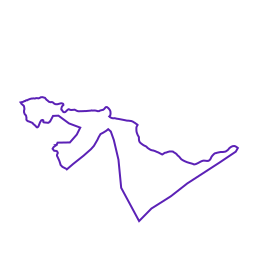 Derniere Riviere, Dennery, Saint Lucia, rotated 145°
{"feature_id": "8701671B84632828581630", "entity_name": "Derniere Riviere", "entity_type": "district", "adm_level": 2, "iso_a3": "LCA", "parent_name": "Saint Lucia", "parent_adm1": "Dennery", "projection": "albers", "projection_center": [-60.925, 13.955], "detail": "fine", "context": "isolated", "style": "outline", "palette": "violet", "viewbox_px": 256, "rotation_deg": 145, "n_neighbors": 0, "source": "geoboundaries", "source_scale": "gbopen_adm2", "svg_char_len": 5224}
<svg xmlns="http://www.w3.org/2000/svg" viewBox="0 0 256 256"><g transform="rotate(145 128 128)"><path d="M49.5,48.6L50.0,50.2L50.6,51.5L51.3,52.3L52.5,53.0L53.2,53.2L54.3,53.4L55.4,53.4L56.8,53.3L58.3,52.8L59.7,52.7L60.6,52.7L61.1,52.7L62.0,52.9L64.2,54.0L65.9,55.2L67.7,56.0L69.4,56.7L70.2,56.9L70.9,57.3L71.5,57.4L72.4,57.4L73.5,57.2L74.9,56.9L76.1,56.5L77.5,55.7L78.7,55.1L79.3,55.0L80.5,54.9L81.0,55.0L81.4,55.3L82.1,55.6L82.7,56.2L83.4,56.8L84.6,57.8L85.4,58.2L86.7,58.6L87.9,58.8L90.7,59.1L93.0,59.5L94.3,60.0L95.0,60.5L95.4,61.3L96.4,62.6L97.6,64.0L99.3,66.2L100.6,68.3L101.5,70.0L102.3,71.9L102.3,72.4L102.4,73.1L102.5,74.8L102.8,76.2L103.1,77.0L103.1,77.6L103.2,78.8L103.5,79.8L104.0,81.0L104.6,82.3L104.6,82.7L104.8,82.9L105.3,83.5L106.6,84.4L107.5,85.0L108.5,85.3L109.2,85.6L110.6,85.9L111.7,86.4L112.2,86.6L114.9,86.6L115.2,86.7L115.4,87.1L115.6,87.5L116.4,89.0L117.2,90.6L118.1,91.9L119.1,93.6L120.3,95.2L120.9,95.7L122.0,97.1L122.7,98.7L123.4,100.5L123.6,102.1L124.1,103.2L124.6,103.9L125.3,105.4L125.6,106.2L126.1,107.7L126.4,108.9L126.5,109.8L126.2,111.2L125.4,112.7L124.5,114.0L124.3,114.4L124.2,115.3L124.1,116.6L123.7,118.3L123.3,119.6L122.8,120.7L122.1,121.8L121.0,123.4L120.2,124.1L118.7,124.9L118.4,125.0L118.6,126.0L119.0,126.9L119.4,128.2L119.8,129.0L120.3,130.3L121.2,131.7L122.5,132.9L123.4,133.7L124.3,134.4L125.0,135.0L125.6,135.7L127.6,137.8L130.9,141.2L131.6,141.8L132.0,142.2L132.5,142.8L133.3,143.7L134.2,144.2L135.3,145.1L136.2,146.5L136.6,147.5L136.7,148.2L136.3,148.2L135.1,148.7L134.1,149.7L133.1,151.3L132.8,152.0L132.6,152.9L132.6,154.4L132.7,155.6L132.9,156.1L133.1,156.7L133.1,156.9L133.3,157.2L133.5,157.4L134.0,157.7L134.4,157.8L134.9,157.7L136.7,157.2L138.1,157.2L138.2,157.3L139.5,157.8L140.8,158.3L142.0,158.4L142.3,158.6L143.1,159.1L143.4,159.5L144.5,160.8L145.6,161.7L146.9,162.5L147.9,163.4L148.4,163.5L150.1,164.5L152.4,165.8L153.9,166.8L156.1,168.2L157.6,169.2L159.0,170.1L159.7,170.9L160.0,171.4L160.1,171.5L160.4,172.1L161.2,173.6L162.1,174.1L163.5,174.9L164.3,175.4L165.1,176.2L165.2,176.5L165.5,177.0L165.7,177.3L166.0,177.5L166.3,177.5L167.1,177.5L168.0,177.4L169.2,177.2L169.8,177.1L170.3,177.1L170.8,177.3L171.2,177.5L171.5,177.8L171.7,178.1L171.8,178.4L171.8,178.8L171.9,179.2L171.8,179.9L171.8,180.5L172.0,180.9L172.0,181.4L171.9,181.6L171.3,182.3L171.0,182.5L170.7,182.8L170.0,183.3L169.9,183.4L169.5,183.5L168.8,183.8L168.1,183.8L167.7,183.9L167.6,184.1L167.4,184.6L167.3,184.9L167.4,185.3L168.0,186.1L168.6,186.6L169.5,187.0L170.4,187.3L171.5,187.7L171.9,187.8L172.3,188.1L173.0,188.5L173.6,189.0L173.9,189.3L174.3,190.0L174.6,190.7L174.6,191.1L174.7,191.4L174.9,192.1L175.1,192.4L175.3,192.7L175.6,193.0L176.0,193.2L176.4,193.4L176.8,193.7L177.2,194.2L177.7,194.8L177.8,195.2L177.9,195.6L178.0,196.1L178.1,196.4L178.1,196.7L178.5,197.6L178.6,198.0L178.6,198.3L178.6,198.6L178.7,199.3L178.7,200.3L179.0,200.7L179.4,201.1L179.7,201.5L180.0,201.9L180.2,202.2L180.5,202.4L181.0,202.7L181.8,203.2L182.1,203.2L183.1,203.3L183.5,203.4L183.9,203.5L184.1,203.5L184.5,203.8L184.9,204.2L185.6,204.8L185.8,204.9L186.2,205.2L186.6,205.3L186.9,205.4L187.3,205.5L187.6,205.7L188.0,206.1L188.6,206.6L189.3,206.9L189.5,207.0L190.0,207.4L190.6,207.6L191.3,207.9L192.5,208.2L193.3,208.4L193.8,208.5L194.1,208.5L194.6,208.5L194.8,208.6L195.1,208.9L195.2,209.0L195.4,209.1L196.2,209.1L196.8,209.1L197.2,209.4L197.6,209.4L197.7,209.5L198.2,209.5L198.8,209.6L199.2,209.7L199.5,209.8L200.0,210.0L200.3,210.2L201.3,210.6L201.3,209.8L201.3,209.3L201.4,209.0L201.3,208.5L201.0,207.5L201.0,207.1L200.8,206.6L200.7,206.4L200.7,206.1L200.7,205.6L200.8,205.5L200.9,205.1L201.1,204.6L201.4,204.1L201.6,203.6L202.0,202.9L202.2,202.7L202.7,202.3L203.1,202.0L203.2,201.8L203.4,201.5L203.6,201.3L203.8,201.0L204.1,200.6L204.3,199.8L204.6,199.0L204.6,198.5L204.6,198.0L204.6,197.9L204.4,197.3L204.4,196.9L204.5,196.5L204.6,196.1L204.8,195.8L205.1,195.2L205.2,194.8L205.5,194.4L205.7,194.1L206.3,193.4L206.3,193.2L206.5,192.8L206.5,192.4L206.4,192.0L206.4,191.9L206.3,191.6L206.1,191.1L205.9,190.7L205.5,190.3L205.3,190.0L204.7,189.1L203.6,187.4L203.3,186.8L203.3,185.7L203.1,184.8L202.9,184.5L202.8,184.0L202.5,182.4L202.4,181.7L202.4,181.1L202.3,180.9L201.8,180.5L201.2,180.5L200.5,180.7L200.3,180.8L199.8,181.1L199.1,181.6L198.5,181.9L197.9,182.4L197.4,182.7L197.1,182.9L196.2,183.4L194.9,183.9L194.7,184.0L193.8,183.8L193.4,183.6L193.2,183.3L193.0,182.9L193.1,182.6L193.4,182.3L193.9,181.7L193.9,181.4L193.8,181.0L193.7,180.9L193.3,180.5L192.1,179.5L190.5,178.1L190.0,177.9L189.6,177.9L188.4,178.2L188.1,178.0L182.5,180.9L177.9,178.0L173.7,165.6L166.9,155.7L173.7,152.0L183.9,149.5L194.1,156.4L194.5,156.1L196.4,155.2L196.6,155.3L196.5,155.1L199.6,155.1L200.7,154.7L201.7,154.2L201.6,152.2L201.5,151.6L200.1,150.6L199.5,149.6L199.5,149.2L199.6,148.8L199.8,147.8L201.5,146.8L201.9,146.3L202.1,146.0L202.2,145.2L202.9,141.4L203.1,140.4L204.0,137.5L204.4,136.5L204.0,133.8L201.8,129.6L201.8,129.2L193.7,130.0L180.3,130.8L170.5,131.9L166.2,132.9L159.7,135.9L157.3,137.3L154.0,138.8L151.0,138.4L147.3,138.2L144.9,138.4L144.1,135.0L146.5,126.3L154.0,107.5L167.9,82.9L172.3,45.4L155.0,48.6L132.1,47.5L111.2,48.6L72.8,47.2L53.3,46.8L49.5,48.6Z" fill="none" stroke="#5b21b6" stroke-width="2"/></g></svg>